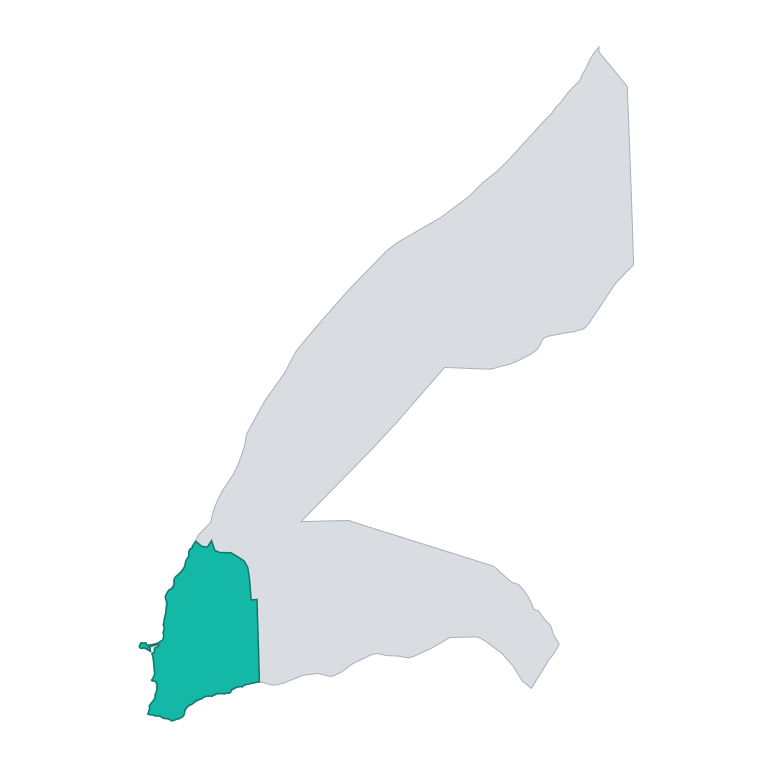 where Bari sits in Somalia, rotated 178°
{"feature_id": "SOM-1", "entity_name": "Bari", "entity_type": "Region", "adm_level": 1, "iso_a3": "SOM", "parent_name": "Somalia", "parent_adm1": "", "projection": "orthographic", "projection_center": [50.532, 10.16], "detail": "fine", "context": "in_parent", "style": "filled", "palette": "teal", "viewbox_px": 768, "rotation_deg": 178, "n_neighbors": 0, "source": "natural_earth", "source_scale": "10m", "svg_char_len": 5666}
<svg xmlns="http://www.w3.org/2000/svg" viewBox="0 0 768 768"><g transform="rotate(178 384 384)"><path d="M157.7,709.3L156.9,707.4L152.3,701.4L143.7,690.1L137.2,681.7L130.6,673.0L130.5,666.2L130.4,645.9L130.3,605.4L130.2,564.7L130.3,524.0L130.4,503.6L130.4,495.2L131.1,493.9L138.7,486.6L148.7,477.0L162.0,458.5L169.2,448.4L175.2,440.0L176.8,437.5L182.1,432.4L191.9,429.6L198.1,429.2L219.2,425.9L222.3,424.4L224.2,422.6L226.0,418.6L230.1,413.0L235.5,409.1L245.6,404.2L255.5,400.0L257.7,399.4L269.6,396.9L272.5,396.0L277.4,395.1L279.3,395.2L295.8,396.4L308.7,397.4L322.0,398.4L323.4,397.9L332.8,387.8L347.8,371.8L357.3,361.6L372.0,345.8L383.4,334.4L395.9,321.7L408.0,310.2L422.6,296.2L431.8,287.5L446.1,273.8L459.7,260.8L471.7,249.3L455.2,249.2L439.2,249.0L423.4,248.8L420.5,247.4L407.3,242.7L390.5,236.8L369.8,229.5L355.0,224.2L339.2,218.7L323.3,213.1L310.8,208.7L295.2,203.1L281.7,198.3L279.9,197.2L272.5,190.1L262.8,180.8L260.9,180.6L256.2,178.6L252.1,173.6L247.8,167.2L244.0,159.2L242.3,153.8L237.0,151.4L234.5,147.1L229.8,140.8L226.5,137.6L225.3,135.0L223.9,129.4L221.3,123.4L218.7,119.6L218.1,118.0L218.3,117.0L223.4,109.0L225.7,106.2L228.3,103.5L230.4,100.7L231.3,98.8L237.5,89.4L243.0,81.2L247.3,74.7L256.3,82.4L265.0,97.8L275.3,110.3L289.6,122.0L295.3,126.0L300.4,128.1L327.0,128.3L346.1,118.2L363.4,110.9L369.2,109.4L379.1,111.6L390.0,112.4L399.9,114.8L404.9,114.3L424.6,105.8L437.0,97.4L445.4,93.8L448.7,93.8L460.1,97.0L474.8,95.8L494.9,88.6L501.4,87.1L506.2,87.0L517.2,90.4L518.9,90.2L524.8,89.7L540.4,86.2L552.6,81.0L575.0,77.2L592.1,67.5L595.0,62.8L600.2,57.0L607.7,55.0L626.8,61.9L629.8,62.4L628.7,66.6L628.1,70.9L624.2,78.4L621.7,86.6L623.5,99.3L624.5,119.8L624.0,122.8L622.7,125.7L622.2,128.0L620.2,128.8L619.2,130.2L620.8,130.7L626.8,128.5L626.6,126.0L627.0,124.8L631.9,127.5L635.5,128.7L636.5,131.2L636.2,133.0L630.6,132.2L627.8,130.8L619.4,133.1L614.4,135.5L612.8,139.6L611.7,155.6L609.7,166.1L609.3,179.9L602.6,189.0L600.3,195.5L590.3,208.4L585.0,219.4L583.3,224.8L574.5,239.9L562.3,251.4L557.9,266.2L553.5,275.5L548.6,283.9L537.8,298.8L532.3,309.2L525.3,327.2L523.2,338.6L503.6,371.6L483.4,397.8L470.7,419.9L448.0,445.4L417.1,478.2L376.7,517.0L365.7,524.9L321.6,548.3L293.0,568.1L278.4,581.6L263.0,593.2L250.9,604.3L214.3,641.9L210.5,645.4L206.9,648.7L202.3,655.1L199.1,657.6L190.4,668.3L185.0,673.8L178.9,679.3L176.3,683.2L174.5,687.7L172.5,690.1L167.0,700.8L162.2,707.8L157.4,713.3L157.7,709.3Z" fill="#d9dde1" stroke="#a8b0b8" stroke-width="1"/><path d="M518.5,173.1L518.5,167.6L518.5,162.1L518.6,156.6L518.6,151.1L518.6,145.6L518.6,140.1L518.7,134.6L518.7,129.1L518.7,123.6L518.7,118.2L518.8,112.7L518.8,107.2L518.8,101.7L518.9,96.2L518.9,90.7L520.7,90.6L527.0,89.4L533.3,88.3L535.1,87.5L535.9,86.4L536.4,86.1L537.0,86.3L537.4,86.6L537.9,86.6L541.0,86.3L541.9,86.1L542.7,85.8L545.2,84.3L546.1,84.2L546.8,83.7L547.9,81.7L548.6,80.8L549.5,80.5L550.6,80.4L552.7,80.5L553.0,80.4L553.8,80.0L554.2,79.9L554.7,79.8L556.2,80.2L560.4,80.6L562.6,80.3L564.0,79.2L564.4,79.2L565.3,78.7L565.8,78.5L566.0,78.4L566.6,78.0L567.0,77.8L567.3,77.9L567.7,78.0L567.9,78.1L568.0,78.2L572.3,78.1L573.2,78.2L576.0,76.7L577.0,75.8L577.5,75.5L579.2,75.6L579.6,75.4L580.0,75.1L580.5,74.8L582.6,74.3L583.6,73.6L587.6,70.4L589.8,69.9L590.7,69.3L592.3,67.5L593.7,66.2L594.3,65.4L594.5,64.3L594.6,63.2L594.8,62.1L595.1,61.1L595.5,60.1L596.6,58.7L597.3,58.1L598.0,57.8L598.6,57.7L599.8,57.1L600.0,56.8L600.2,56.6L600.4,56.4L600.7,56.5L601.1,56.7L601.4,56.8L602.4,56.5L604.4,55.6L606.2,55.2L606.7,54.9L607.9,54.7L611.2,57.0L616.2,57.5L619.0,59.8L619.9,60.1L623.7,60.1L624.6,60.4L626.3,61.2L627.2,61.4L628.3,61.5L629.4,61.6L630.4,62.0L631.6,62.3L630.9,63.9L630.4,65.9L629.5,67.4L629.9,69.7L629.5,71.2L628.6,72.0L627.8,73.3L626.3,74.8L624.7,76.8L623.6,78.0L623.4,78.3L623.5,78.9L623.7,79.6L623.8,80.0L623.6,81.1L623.3,82.2L621.8,85.6L621.5,86.4L621.5,89.6L621.1,91.6L621.8,93.9L623.9,95.2L626.0,95.3L626.7,96.3L625.5,97.3L624.5,99.7L624.0,100.5L623.6,101.1L623.3,102.2L623.2,103.4L623.7,110.1L624.3,118.8L625.4,122.7L625.1,123.2L624.0,123.4L622.9,123.7L622.6,124.6L622.9,126.7L622.6,127.7L622.1,128.3L621.4,128.7L620.4,128.7L619.4,129.1L618.6,129.8L618.2,130.7L618.6,131.4L619.5,131.6L626.9,130.1L627.4,130.2L627.9,130.3L628.3,130.3L628.5,129.9L628.3,129.4L627.8,129.1L627.4,128.9L627.2,128.6L627.1,127.4L627.0,126.4L626.7,125.4L626.2,124.4L626.9,125.1L627.7,125.6L628.3,126.2L629.1,126.7L629.6,127.0L630.1,127.3L631.2,128.1L631.8,128.4L632.7,128.6L633.4,128.8L633.9,128.7L634.3,128.4L634.9,128.2L635.9,128.3L636.7,128.5L637.1,129.6L637.8,130.0L637.5,130.9L636.8,132.5L636.2,132.7L636.0,132.9L635.6,133.2L635.8,133.9L635.4,133.9L634.5,133.6L633.9,133.6L633.1,133.4L632.2,133.7L630.8,133.4L630.5,132.5L630.4,131.9L630.0,131.4L629.3,131.1L622.0,132.0L618.5,133.2L614.2,135.9L613.4,137.5L613.0,140.5L613.5,143.3L612.1,147.0L612.4,149.2L613.0,150.7L613.0,151.4L612.9,151.9L612.5,152.6L611.9,156.0L612.0,156.5L611.5,157.6L611.2,158.5L610.7,160.9L610.1,162.7L609.7,163.2L610.0,164.6L609.9,165.1L609.7,166.0L609.3,169.0L608.4,170.3L608.4,171.8L608.8,174.3L609.9,177.5L610.1,178.5L609.9,179.4L609.6,180.3L606.6,185.2L605.7,186.0L603.6,186.8L602.8,187.4L602.2,188.1L600.8,190.5L600.5,191.2L600.9,194.3L600.8,195.4L600.1,197.2L598.7,198.9L593.4,203.1L591.9,204.7L590.8,206.3L589.9,207.8L589.2,209.8L588.4,213.8L587.6,215.5L585.3,218.3L585.0,219.3L585.1,222.3L585.0,223.2L584.2,225.0L583.5,225.9L582.8,226.2L581.9,226.6L581.4,227.3L581.1,228.3L580.6,229.2L577.5,233.4L571.9,228.1L566.1,227.2L564.2,230.1L561.8,233.5L558.9,223.7L554.1,221.3L542.9,220.7L535.2,215.8L529.9,211.9L526.6,205.5L525.2,193.8L524.3,172.8L518.5,173.1Z" fill="#14b8a6" stroke="#0f766e" stroke-width="1.5"/></g></svg>